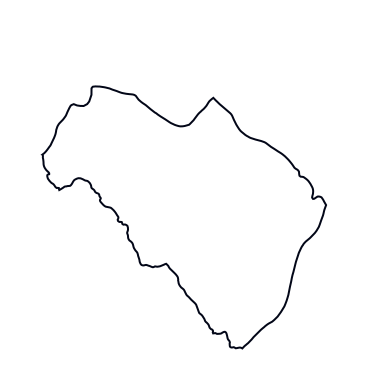 As Sawm, Hadramawt, Yemen, rotated 133°
{"feature_id": "15242507B25439284744831", "entity_name": "As Sawm", "entity_type": "district", "adm_level": 2, "iso_a3": "YEM", "parent_name": "Yemen", "parent_adm1": "Hadramawt", "projection": "equal_earth", "projection_center": [49.843, 16.023], "detail": "fine", "context": "isolated", "style": "outline", "palette": "ink", "viewbox_px": 384, "rotation_deg": 133, "n_neighbors": 0, "source": "geoboundaries", "source_scale": "gbopen_adm2", "svg_char_len": 6048}
<svg xmlns="http://www.w3.org/2000/svg" viewBox="0 0 384 384"><g transform="rotate(133 192 192)"><path d="M208.4,338.4L210.3,339.3L211.5,339.6L212.9,339.3L214.2,339.0L218.3,337.7L221.0,336.7L222.2,336.3L223.4,336.1L225.9,335.8L227.2,335.7L232.1,335.8L233.3,335.7L234.7,335.4L235.9,335.1L238.1,334.1L239.2,333.6L240.3,332.8L241.4,332.1L242.8,331.3L243.9,330.8L246.4,329.8L247.7,329.4L251.2,328.3L252.5,327.9L253.6,327.5L254.9,327.2L256.3,327.1L259.4,326.7L261.8,326.5L264.2,326.5L266.7,326.9L266.6,326.6L267.2,325.7L267.9,325.1L268.7,324.4L269.3,323.5L270.0,322.6L271.3,321.1L272.7,319.7L273.3,319.0L273.9,318.1L274.4,317.1L274.8,316.1L275.3,313.8L275.4,312.5L275.4,310.3L275.7,309.2L276.4,308.6L277.1,309.1L278.0,309.4L278.8,309.0L279.5,308.2L280.5,306.5L280.7,305.5L281.0,304.2L281.1,303.1L281.2,301.9L281.2,300.7L280.9,299.7L280.8,298.5L281.0,297.1L281.3,296.1L281.5,294.9L281.3,293.6L280.6,293.1L279.9,292.1L280.6,291.3L281.1,290.4L280.2,290.1L277.7,289.4L276.0,289.0L275.1,288.9L274.3,288.4L273.6,287.7L272.7,287.2L271.3,285.9L270.5,285.3L269.6,285.2L268.8,285.3L267.8,285.4L266.0,285.9L264.3,286.2L263.5,286.2L262.6,286.0L261.0,285.4L260.2,285.0L259.4,284.5L258.7,283.7L258.0,282.8L257.6,281.8L256.9,279.8L256.7,278.7L256.3,277.7L255.7,276.8L255.2,275.9L255.1,274.8L255.1,273.7L255.2,272.6L255.9,270.6L256.5,269.7L257.2,268.9L257.6,267.9L257.3,265.4L257.4,264.3L257.9,263.3L258.0,262.2L257.8,261.1L257.3,260.1L257.0,259.0L257.3,258.0L258.0,257.1L258.4,256.1L258.5,255.0L259.1,254.2L259.9,254.1L260.7,253.8L261.3,253.0L261.6,251.9L261.7,250.8L261.9,248.4L261.9,247.2L261.8,246.0L261.5,245.0L260.4,243.2L259.9,242.4L259.3,241.4L258.9,240.5L258.8,239.3L258.8,236.9L259.1,234.6L259.4,233.2L260.1,230.8L260.3,229.7L260.6,228.7L261.3,228.1L262.1,227.7L262.9,227.5L263.6,226.5L263.6,225.4L263.2,224.4L262.5,223.8L261.9,222.9L262.9,220.9L262.6,219.8L261.8,219.2L261.2,218.4L260.9,217.4L260.8,216.2L261.3,215.3L261.8,214.5L262.5,213.8L263.2,213.1L264.0,212.6L265.8,211.8L266.5,211.1L267.0,210.0L267.5,209.2L268.2,208.4L268.8,207.8L269.5,206.8L269.9,205.7L270.1,204.6L269.9,203.2L269.9,202.0L270.0,201.0L270.4,199.9L270.9,199.0L272.1,197.2L272.6,196.2L273.2,194.1L273.4,192.9L273.5,191.6L273.7,190.6L274.3,189.5L274.8,188.7L275.4,187.9L277.1,184.8L277.7,183.9L278.3,183.2L278.9,182.3L279.3,181.4L279.7,180.3L279.8,179.2L279.4,178.2L278.8,177.4L278.0,176.8L277.3,176.4L276.6,175.8L276.0,174.7L275.6,173.6L275.1,172.7L274.3,170.5L273.9,169.6L273.2,168.9L272.4,168.6L271.6,168.3L271.0,167.4L270.4,166.5L269.7,165.9L268.1,164.7L265.5,163.5L263.7,162.7L262.9,162.4L262.1,161.9L262.2,159.0L262.6,158.0L262.9,157.0L263.1,155.8L263.2,149.8L263.3,147.6L263.7,145.2L264.1,144.1L264.7,143.3L265.3,142.5L266.1,141.9L266.7,141.0L268.0,139.3L268.4,138.3L268.8,137.3L269.0,136.1L269.2,134.9L269.0,132.6L269.0,131.4L269.3,130.3L269.7,129.4L270.9,126.2L271.1,125.1L271.0,122.8L271.1,121.6L271.2,120.4L271.3,119.1L271.3,117.9L271.3,114.4L271.4,113.1L271.6,112.1L273.2,108.9L274.7,106.0L275.2,105.0L275.6,104.0L275.4,101.7L275.4,100.6L275.6,99.5L276.2,97.2L276.5,96.2L277.4,94.4L277.6,93.3L277.5,92.1L277.7,89.7L278.1,88.7L279.2,86.6L279.3,85.6L279.3,84.5L278.9,83.5L279.0,82.3L279.6,81.5L280.4,81.2L281.0,80.1L280.3,79.5L279.4,78.9L279.0,77.9L278.7,76.9L278.0,76.2L276.6,74.9L275.9,74.4L275.1,74.0L274.2,73.9L272.5,73.2L271.8,72.6L271.6,71.5L271.9,70.4L273.0,68.6L274.2,66.9L274.9,65.9L275.3,64.8L275.4,63.5L275.7,62.5L276.4,61.5L277.2,61.1L278.5,59.7L279.2,58.8L279.1,57.6L278.6,56.8L277.8,56.2L277.0,55.6L276.7,54.6L276.5,53.5L275.8,52.9L273.4,51.2L272.8,50.5L272.3,49.5L272.1,48.5L269.4,48.5L268.1,48.4L266.8,48.2L265.6,48.1L264.4,47.9L259.3,47.8L257.7,47.9L256.2,48.0L245.6,47.6L243.0,47.3L241.7,47.1L240.2,47.0L237.7,46.6L236.0,46.2L232.1,44.9L229.5,44.6L224.7,44.4L219.1,45.1L216.6,45.6L214.2,46.1L212.7,46.4L210.3,47.3L207.1,48.6L204.2,50.0L202.8,50.7L201.6,51.3L194.5,55.7L189.7,58.5L186.7,60.4L184.1,61.9L181.3,63.3L172.3,68.3L167.8,70.4L165.4,71.5L164.2,72.1L162.9,72.6L161.6,73.0L159.2,73.8L157.8,74.2L156.6,74.5L155.4,74.6L154.2,74.9L153.1,75.0L150.7,75.0L148.3,74.7L146.0,74.4L144.7,74.3L139.4,74.2L138.0,74.2L135.3,74.5L131.1,75.4L128.6,76.4L124.6,78.2L119.8,80.2L118.3,81.0L116.1,82.3L114.8,83.0L110.1,85.0L108.9,88.9L108.3,90.5L107.9,92.1L107.6,93.7L108.1,95.1L108.9,96.3L109.8,97.1L112.3,97.7L113.4,97.9L114.5,98.7L114.2,100.3L113.1,101.1L110.8,102.3L109.8,103.1L108.8,103.9L107.9,104.9L107.0,106.2L106.4,107.6L105.3,110.9L104.9,112.7L104.6,114.2L104.5,115.9L104.6,117.6L104.8,119.2L105.0,120.6L105.8,121.9L106.7,123.0L106.8,124.5L106.0,125.6L105.1,126.6L104.2,127.6L103.8,129.0L103.9,130.5L104.3,132.1L104.4,133.6L103.6,136.9L103.3,138.5L102.9,141.4L102.7,143.1L102.6,144.8L102.5,148.4L102.7,151.4L102.9,153.0L103.2,154.7L103.6,156.6L104.4,161.4L105.1,165.0L105.6,170.1L105.8,171.7L106.2,173.1L107.5,176.1L108.2,177.4L110.3,181.3L112.4,185.8L112.9,187.2L113.2,188.7L113.6,190.2L113.9,191.9L114.0,193.7L114.2,196.7L114.2,198.2L113.9,200.3L113.4,202.3L112.9,204.2L112.5,205.6L110.7,210.4L109.3,213.6L108.8,214.8L108.4,216.3L108.3,217.9L108.8,229.7L108.9,231.7L108.8,235.3L108.8,236.8L108.7,238.7L108.6,240.6L111.1,241.0L113.8,241.2L115.3,241.0L118.2,240.4L119.4,240.2L122.0,240.1L123.3,240.1L126.0,240.4L127.2,240.4L128.8,240.6L129.9,240.6L131.1,240.6L136.9,240.0L138.3,239.8L143.7,239.9L144.8,240.0L145.8,240.6L148.3,242.1L149.3,242.8L150.6,243.9L151.7,245.0L152.6,246.2L153.3,247.5L154.0,248.9L154.7,250.5L155.3,252.4L155.9,254.2L156.3,256.1L157.1,261.1L157.4,262.6L158.2,266.7L158.7,270.0L158.8,271.7L159.2,273.4L159.7,278.9L159.9,283.1L160.0,285.1L160.6,288.8L160.8,290.7L160.9,294.0L160.6,295.7L160.0,298.7L160.3,300.3L161.0,301.7L161.8,302.8L163.5,305.0L164.3,306.1L165.1,307.2L166.8,309.9L167.5,311.1L168.3,312.9L169.0,314.6L169.5,315.9L170.1,317.2L170.7,318.5L171.4,320.0L172.5,322.9L174.7,326.8L175.4,327.9L176.3,329.2L177.9,331.5L178.8,332.5L180.7,334.7L181.2,335.1L181.7,335.6L182.8,336.4L184.7,336.2L189.5,331.8L195.9,328.9L199.2,328.6L203.0,329.9L205.3,332.5L207.1,335.1L208.4,338.4Z" fill="none" stroke="#020617" stroke-width="2"/></g></svg>